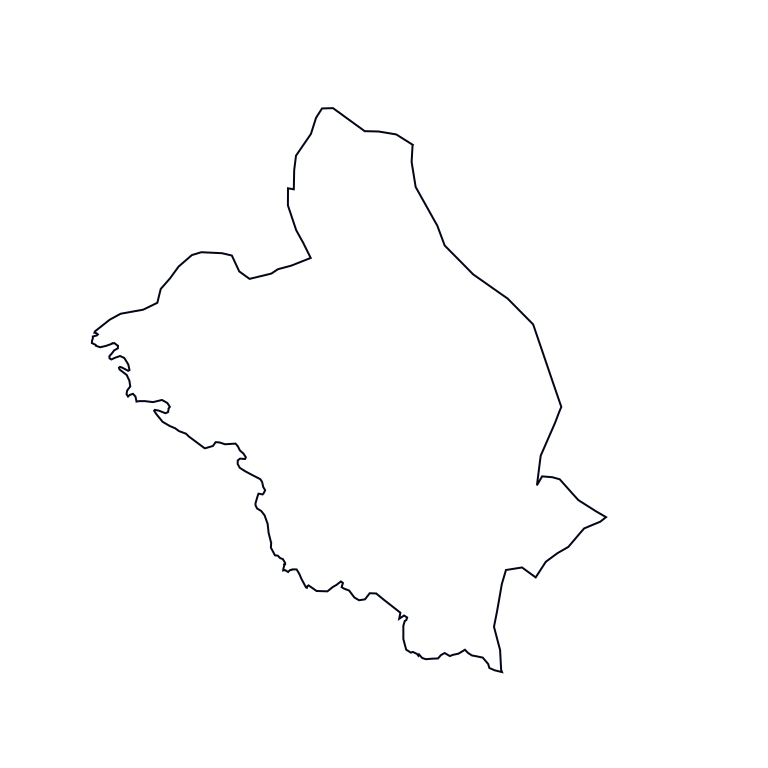 the district of Norwein, River Cess, Liberia, rotated 306°
{"feature_id": "62588387B87205642323712", "entity_name": "Norwein", "entity_type": "district", "adm_level": 2, "iso_a3": "LBR", "parent_name": "Liberia", "parent_adm1": "River Cess", "projection": "mercator", "projection_center": [-9.633, 5.839], "detail": "fine", "context": "isolated", "style": "outline", "palette": "ink", "viewbox_px": 768, "rotation_deg": 306, "n_neighbors": 0, "source": "geoboundaries", "source_scale": "gbopen_adm2", "svg_char_len": 3694}
<svg xmlns="http://www.w3.org/2000/svg" viewBox="0 0 768 768"><g transform="rotate(306 384 384)"><path d="M594.4,266.8L593.1,247.2L585.1,231.2L577.5,220.2L577.2,219.9L577.2,203.2L577.2,180.6L570.5,171.9L561.8,172.4L559.3,172.6L543.4,177.9L517.0,178.6L504.3,185.6L503.7,186.0L488.5,196.6L485.9,191.3L472.0,201.3L456.8,222.6L452.5,231.8L450.9,235.3L442.9,250.6L434.7,245.4L425.1,239.3L414.5,230.7L407.2,228.0L405.5,226.6L390.0,213.4L390.0,200.7L398.5,185.4L394.6,176.1L383.8,159.6L383.3,158.8L375.4,152.8L358.2,148.8L343.6,148.8L329.7,147.5L323.0,150.2L316.5,152.9L302.6,145.5L286.0,129.6L274.8,124.3L256.6,119.2L255.2,119.6L256.1,121.6L255.9,123.4L254.3,123.0L251.3,120.5L249.8,121.6L247.4,122.4L245.4,123.6L245.6,124.6L246.2,127.7L245.6,128.4L246.9,132.8L251.6,136.8L256.4,140.1L257.4,140.2L257.6,141.0L258.6,141.7L258.5,145.3L258.6,146.3L256.4,147.7L252.5,145.9L249.3,145.9L246.4,145.6L245.6,145.6L245.0,145.5L243.4,146.9L243.6,149.0L247.0,150.9L251.5,154.0L252.4,158.5L250.9,162.3L249.5,165.6L247.4,168.0L245.7,169.9L244.3,169.3L243.3,162.3L242.7,160.4L241.4,160.0L240.3,161.5L240.1,168.7L240.1,170.5L237.8,174.6L237.0,176.1L232.8,180.2L229.3,180.0L227.4,180.2L224.4,181.7L223.4,184.3L225.7,184.7L226.8,185.5L227.2,185.8L228.5,186.7L227.8,190.3L227.5,190.6L224.8,193.6L224.3,194.1L225.2,195.0L226.4,196.2L229.4,200.3L233.6,207.8L240.6,213.8L240.7,214.8L241.3,219.9L239.6,224.2L237.5,224.1L236.9,224.6L234.3,225.8L231.9,224.4L230.5,219.0L230.1,217.5L228.4,213.8L227.2,213.8L226.2,216.5L225.4,219.0L224.5,222.6L223.3,227.0L223.3,227.5L224.1,235.5L224.3,236.3L225.4,241.0L225.4,245.8L227.4,253.0L226.9,256.6L226.8,257.1L226.6,276.6L226.9,277.1L233.3,282.0L238.0,282.0L240.0,285.2L241.8,290.8L248.5,298.9L247.7,302.4L246.0,305.6L245.5,306.7L245.1,311.2L243.5,315.3L241.7,315.7L240.6,314.0L239.0,311.4L236.2,310.6L235.2,311.3L233.3,312.6L231.4,316.6L231.8,322.9L232.8,330.1L234.3,339.9L233.1,343.0L229.7,346.8L228.2,350.3L224.5,350.9L223.3,350.7L222.2,348.3L221.5,346.9L217.0,348.3L215.8,348.8L212.1,350.1L210.3,351.4L208.7,354.5L209.1,359.3L207.6,364.5L202.5,372.0L195.7,378.2L190.2,384.8L189.7,385.2L189.6,385.8L185.1,388.7L181.3,396.5L182.7,398.9L182.1,402.3L182.9,405.0L181.1,409.2L180.0,410.0L179.2,409.2L178.4,410.0L175.4,411.2L173.9,412.0L175.3,413.4L175.5,416.9L178.0,417.3L179.2,418.1L179.2,418.5L180.4,419.1L182.6,422.3L180.7,426.9L177.8,431.8L173.6,440.4L173.8,441.4L175.3,440.9L176.7,441.3L176.8,443.9L176.9,451.1L183.0,460.1L190.0,462.0L193.4,463.6L198.9,465.2L198.9,467.7L198.4,467.9L194.8,469.1L194.8,471.2L196.4,477.2L193.9,485.4L194.1,488.0L194.4,490.9L198.6,495.2L202.3,495.3L206.3,495.4L210.0,500.9L209.9,501.4L209.8,503.1L209.6,506.4L209.3,511.9L208.6,531.7L203.0,534.3L208.5,536.3L208.7,540.0L206.1,540.8L204.5,540.1L199.7,541.8L189.0,549.6L182.1,558.1L182.5,563.7L184.2,564.8L185.0,569.3L184.4,571.6L185.8,571.3L184.8,575.9L186.0,579.7L190.0,584.3L193.7,589.0L198.1,589.4L202.0,591.2L202.6,597.2L205.2,598.8L209.7,602.8L216.6,605.7L215.8,610.0L216.1,614.8L217.2,617.0L220.7,624.7L218.7,632.9L216.2,636.1L217.4,641.7L219.6,647.1L220.3,648.8L221.6,646.8L226.0,643.2L237.0,634.3L252.2,615.7L266.7,609.0L278.8,603.1L291.2,597.0L305.2,592.0L316.7,603.5L316.7,620.4L335.3,619.4L349.2,623.8L360.6,628.9L376.7,630.1L384.8,630.8L392.4,635.4L399.7,639.9L406.8,641.9L405.6,630.2L404.3,609.5L406.3,600.0L410.2,582.2L407.5,574.9L402.2,566.2L391.9,567.3L412.8,555.8L417.8,553.1L418.1,552.9L420.9,552.3L453.2,545.2L464.2,542.2L469.7,540.9L473.2,535.9L483.8,520.8L501.6,495.6L519.9,469.6L525.8,433.7L525.6,424.8L525.1,391.7L526.3,384.6L531.7,351.7L543.6,333.8L544.8,331.0L557.7,303.1L562.0,293.8L579.9,275.8L593.9,266.8L594.4,266.8Z" fill="none" stroke="#020617" stroke-width="2"/></g></svg>